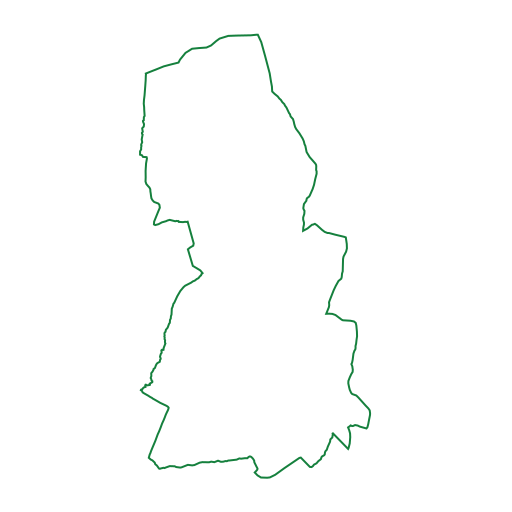 outline of Lomela, Kasaï-Oriental, Democratic Republic of the Congo, rotated 272°
{"feature_id": "63176286B89784390033972", "entity_name": "Lomela", "entity_type": "district", "adm_level": 2, "iso_a3": "COD", "parent_name": "Democratic Republic of the Congo", "parent_adm1": "Kasaï-Oriental", "projection": "mercator", "projection_center": [23.11, -2.397], "detail": "fine", "context": "isolated", "style": "outline", "palette": "green", "viewbox_px": 512, "rotation_deg": 272, "n_neighbors": 0, "source": "geoboundaries", "source_scale": "gbopen_adm2", "svg_char_len": 5747}
<svg xmlns="http://www.w3.org/2000/svg" viewBox="0 0 512 512"><g transform="rotate(272 256 256)"><path d="M50.6,155.9L49.6,157.1L48.9,157.9L48.2,159.5L47.5,160.3L46.0,162.0L44.4,162.6L43.2,164.2L40.2,166.5L40.0,167.2L40.2,168.0L40.5,168.6L40.6,169.2L40.8,169.9L41.1,170.8L40.9,172.1L41.0,172.2L41.3,172.8L43.0,177.1L43.0,177.7L43.0,182.1L42.3,183.6L41.9,187.7L42.2,189.0L44.9,195.2L44.6,198.5L44.5,199.6L44.7,200.4L44.9,201.7L47.5,206.9L48.1,209.6L48.2,216.3L48.9,218.4L48.5,221.6L50.1,225.2L49.1,228.1L49.3,230.5L50.0,232.6L49.9,234.0L50.6,235.4L50.7,236.5L51.8,243.8L53.1,246.4L52.9,248.2L53.5,251.7L53.6,254.4L54.9,255.6L55.4,256.6L55.5,256.9L55.3,257.7L55.0,258.3L54.1,259.3L53.4,260.0L52.4,260.7L51.5,261.3L49.9,261.5L48.5,262.2L47.5,262.8L46.3,263.4L45.6,263.8L43.7,264.9L42.6,264.8L41.4,263.9L40.5,263.1L39.6,262.3L36.8,265.2L34.8,268.7L34.8,274.9L35.2,277.6L38.0,282.8L45.0,291.8L55.7,306.4L56.1,307.8L47.1,317.2L47.0,318.9L48.0,320.2L49.5,321.2L50.9,323.7L53.1,325.4L53.2,325.5L55.2,327.9L57.3,328.5L57.9,328.9L59.3,331.1L60.0,331.6L62.3,331.8L63.6,332.4L64.8,333.5L67.9,334.4L73.0,336.5L75.3,336.7L77.3,338.6L80.7,339.0L82.0,338.5L66.4,354.8L67.3,355.2L71.9,356.2L78.2,356.5L82.0,356.2L85.2,355.2L87.9,354.0L89.1,355.6L90.0,356.5L89.4,357.9L89.5,358.9L90.5,360.9L90.1,363.6L89.8,364.2L89.1,365.8L87.5,372.4L88.7,373.3L91.7,374.0L96.2,374.7L101.1,375.5L102.9,375.5L105.7,375.0L107.6,373.6L110.5,370.6L118.1,363.3L120.1,361.1L121.4,357.0L122.5,355.9L125.5,354.4L127.8,353.7L131.9,352.7L134.3,352.7L138.1,354.0L141.4,355.4L143.5,356.6L145.9,356.7L147.3,356.4L149.1,356.1L151.3,355.1L152.6,355.7L155.4,356.2L161.9,356.8L164.8,357.7L166.1,358.5L167.5,358.7L169.5,358.6L171.8,359.1L175.7,359.4L179.3,359.8L183.9,359.5L190.0,358.7L192.6,358.0L194.0,356.2L194.6,352.6L194.8,345.1L195.3,343.9L199.8,337.5L200.8,334.3L200.9,331.0L200.7,328.2L207.3,330.6L209.4,330.9L212.3,330.6L215.6,331.7L224.4,334.8L228.8,336.7L233.9,339.3L236.3,342.0L237.9,342.4L241.4,342.6L243.7,343.2L256.1,343.1L258.5,343.5L263.5,345.9L266.8,346.6L271.2,346.3L277.7,345.1L278.2,343.7L280.1,334.3L281.5,328.3L281.5,326.6L282.5,323.8L284.5,321.0L288.9,315.8L290.2,313.7L289.4,312.0L289.2,310.9L285.3,306.5L282.8,302.2L286.3,302.3L289.0,302.8L291.0,302.8L293.9,301.9L296.2,301.8L299.8,302.8L302.8,302.9L303.9,302.2L304.5,301.9L305.5,301.6L309.6,302.1L313.0,304.4L314.7,304.6L315.8,305.2L316.9,306.7L318.2,307.6L323.0,309.5L324.7,310.2L329.1,311.5L334.9,312.5L340.3,313.7L342.8,313.6L344.0,313.1L347.7,313.1L349.1,312.9L350.3,312.2L356.7,306.2L360.8,303.5L361.8,302.9L367.7,301.5L369.4,300.6L372.3,299.8L375.0,298.5L380.3,295.0L380.4,294.9L384.2,291.8L386.3,290.6L389.3,289.6L391.4,289.1L394.1,288.2L396.7,285.7L398.9,285.0L399.9,284.1L405.5,281.2L407.2,279.8L408.9,278.9L409.5,278.2L410.7,276.9L412.9,275.4L414.2,273.8L416.2,272.2L418.7,268.9L420.9,266.5L421.4,266.4L425.9,266.0L430.8,264.9L439.0,263.3L455.9,258.2L469.9,253.8L477.2,250.1L477.1,248.3L476.4,243.3L475.6,228.8L475.0,220.6L472.0,212.0L469.4,208.7L464.8,203.7L462.6,199.2L461.8,191.6L460.9,184.9L456.6,178.5L449.6,173.2L446.6,171.8L444.6,164.8L442.3,157.2L439.4,150.7L436.1,143.1L434.5,139.5L433.8,139.7L432.4,139.6L427.8,139.6L422.0,139.4L412.6,139.0L408.2,138.6L404.3,138.5L400.9,139.0L398.0,139.2L392.1,139.8L390.9,139.1L387.7,139.1L387.2,138.4L386.3,138.4L383.9,139.5L381.4,139.3L380.0,138.0L379.5,137.8L376.2,138.5L375.1,137.7L374.2,137.8L373.3,138.5L372.5,138.3L368.5,137.7L365.7,138.3L363.5,137.4L362.5,137.4L362.1,137.7L360.5,137.4L358.5,137.5L356.6,136.5L353.2,136.6L352.7,138.5L351.1,139.6L351.0,141.6L351.0,143.2L350.5,143.4L349.6,143.6L344.7,142.9L337.2,142.7L330.8,143.0L326.5,143.0L324.1,143.9L322.2,145.6L320.7,147.1L319.0,148.0L316.9,148.2L314.9,148.6L312.3,149.0L309.9,149.5L307.9,150.8L306.4,152.4L306.0,153.7L305.0,156.6L303.7,157.7L300.9,158.2L297.5,156.9L286.8,153.0L284.0,152.9L283.4,154.2L284.4,157.5L286.3,160.7L287.7,165.0L288.4,166.3L289.1,168.5L288.8,169.9L287.9,174.1L288.3,175.3L288.1,176.1L288.3,177.0L288.0,177.5L287.4,177.7L287.3,181.9L287.7,183.9L287.6,185.4L287.9,186.5L266.4,193.3L264.1,192.9L262.3,190.0L260.3,187.7L243.9,193.2L239.7,200.8L237.0,203.2L235.8,202.0L234.8,201.8L233.5,200.4L232.5,199.8L231.6,198.9L230.9,197.6L229.2,195.6L228.5,193.9L227.1,192.1L224.1,186.7L223.9,186.3L222.3,184.6L218.4,181.6L213.0,178.7L206.3,175.9L206.0,175.6L205.5,175.2L202.2,174.4L200.5,173.7L194.5,173.6L192.9,173.1L190.6,173.0L189.1,172.3L186.2,172.2L185.3,171.5L181.3,170.2L179.1,168.5L177.1,168.2L176.3,167.4L175.1,167.2L173.3,167.5L172.5,167.2L171.3,167.6L169.8,167.5L168.7,168.1L167.1,168.0L165.8,168.2L165.5,168.5L164.8,168.3L161.1,167.0L160.4,166.9L159.0,166.8L158.8,165.8L158.8,165.7L159.0,165.4L158.6,164.9L158.1,164.7L156.7,165.1L155.8,165.0L155.1,164.4L153.0,163.8L151.9,163.6L150.4,164.3L149.8,164.3L149.6,164.2L148.7,163.7L147.4,163.6L146.9,163.5L145.6,161.3L144.9,160.6L143.3,159.8L140.6,158.9L139.5,157.6L138.7,157.5L136.8,156.6L135.6,155.6L135.1,155.4L134.9,155.4L132.4,155.6L130.4,155.0L129.1,155.7L128.0,155.9L127.2,156.8L126.7,156.7L126.2,156.7L124.7,154.2L124.4,154.1L123.7,154.5L123.4,154.4L122.9,151.6L123.2,151.1L123.6,150.4L123.5,150.1L122.8,149.8L121.3,150.1L121.1,149.5L121.0,149.3L120.9,148.8L120.1,147.8L119.0,147.1L118.4,145.8L117.9,145.6L117.5,146.3L117.0,146.9L115.8,147.4L115.2,148.3L114.4,149.8L113.5,151.5L112.8,152.9L111.4,155.2L110.6,156.9L109.9,157.8L109.1,159.4L108.1,161.3L107.2,163.0L106.5,164.3L105.9,165.4L104.7,168.2L104.0,169.8L103.6,170.8L102.9,172.2L102.2,173.3L101.3,174.0L100.6,173.9L99.2,173.5L98.0,173.0L96.7,172.4L94.8,171.6L93.2,171.0L92.2,170.7L88.9,169.5L85.3,168.0L81.3,166.7L77.4,165.3L74.3,164.0L67.9,161.9L63.4,160.2L60.0,158.9L57.0,157.8L55.5,157.4L53.9,156.7L50.6,155.9Z" fill="none" stroke="#15803d" stroke-width="2"/></g></svg>